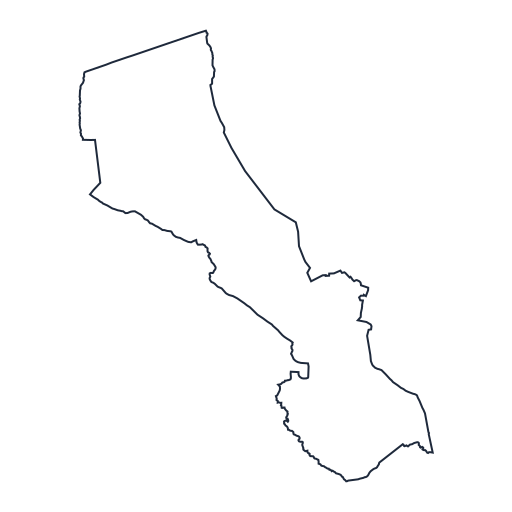 the district of Tigania East, Eastern, Kenya
{"feature_id": "3690345B96077090238536", "entity_name": "Tigania East", "entity_type": "district", "adm_level": 2, "iso_a3": "KEN", "parent_name": "Kenya", "parent_adm1": "Eastern", "projection": "albers", "projection_center": [37.791, 0.27], "detail": "fine", "context": "isolated", "style": "outline", "palette": "slate", "viewbox_px": 512, "rotation_deg": 0, "n_neighbors": 0, "source": "geoboundaries", "source_scale": "gbopen_adm2", "svg_char_len": 6023}
<svg xmlns="http://www.w3.org/2000/svg" viewBox="0 0 512 512"><path d="M205.9,30.7L198.8,32.9L132.3,55.6L127.0,57.3L111.7,62.5L106.1,64.7L86.1,71.6L84.5,72.3L84.0,74.1L84.2,76.7L83.5,77.5L83.4,78.5L83.9,80.1L83.0,82.8L80.9,85.5L80.5,86.5L80.5,88.7L80.0,90.4L79.8,95.6L79.6,96.4L80.0,98.6L79.8,99.6L80.5,101.6L80.4,102.4L80.1,103.4L79.3,104.2L79.9,106.2L79.4,108.3L79.6,111.5L80.0,113.5L79.5,114.9L79.5,115.7L79.8,116.5L80.1,118.3L79.6,119.9L79.9,120.7L79.6,122.6L79.8,123.2L79.6,124.6L80.2,128.6L80.9,130.2L80.4,132.6L81.0,133.7L80.9,135.4L81.7,136.2L83.0,138.5L82.9,139.8L90.7,140.0L95.0,139.9L100.3,182.8L93.7,189.8L90.0,194.4L93.6,197.1L98.1,199.8L98.8,200.6L100.5,201.8L102.1,202.6L102.9,203.5L107.4,205.5L112.4,208.5L114.5,209.1L117.8,210.3L120.6,210.8L121.4,211.1L123.2,211.3L125.4,213.1L127.6,213.0L130.4,211.8L132.3,211.4L134.9,211.3L141.0,214.8L143.2,216.8L144.1,218.4L145.1,219.3L146.6,219.8L147.9,220.5L149.2,222.3L150.1,223.3L152.0,223.7L155.6,225.9L157.6,226.8L161.0,228.9L162.4,230.0L164.5,230.1L167.1,230.9L170.6,231.3L171.4,231.6L172.9,234.2L173.7,235.2L175.8,236.8L177.9,237.5L180.1,237.9L183.9,240.0L187.3,241.5L188.3,241.9L191.1,242.3L193.2,241.2L196.2,240.0L196.6,242.5L197.3,243.8L198.0,244.7L201.1,244.6L202.7,244.2L203.4,244.8L204.6,245.2L205.1,245.7L205.5,246.9L206.6,247.4L207.6,248.4L207.5,250.2L207.6,251.5L208.1,252.4L209.1,252.8L209.9,253.7L209.6,254.5L208.9,254.9L208.4,255.5L208.6,256.4L209.4,257.8L210.4,258.9L211.4,261.2L211.6,262.1L213.8,264.2L215.6,267.2L215.6,268.2L215.2,269.4L213.9,271.0L213.3,272.5L212.8,273.0L210.7,272.9L209.7,273.4L209.6,274.4L210.3,276.6L209.7,277.8L209.6,278.8L210.3,280.4L211.4,282.0L213.4,282.8L214.9,283.9L217.6,286.6L218.6,287.1L220.9,288.0L221.8,288.5L225.8,293.1L226.8,293.8L229.0,295.0L233.0,296.1L237.3,298.4L244.4,303.3L247.0,305.4L249.9,307.2L257.5,314.7L263.0,318.3L267.4,321.6L271.3,324.1L272.0,324.6L273.0,325.9L278.3,330.5L278.8,331.3L282.4,335.2L284.3,336.8L287.1,338.7L290.1,340.5L292.7,342.5L292.3,343.6L292.5,344.6L292.1,345.4L291.4,346.1L291.3,346.9L291.6,347.6L291.5,348.4L292.5,350.0L292.4,351.0L291.8,352.0L291.6,352.8L291.1,353.5L291.3,354.4L291.8,354.9L293.6,359.0L295.1,360.5L296.4,361.4L298.1,362.2L300.9,362.9L308.0,363.4L308.6,366.4L308.2,377.1L307.9,377.8L306.3,378.4L303.4,378.5L301.6,378.1L299.8,376.8L299.1,375.9L298.5,374.3L298.5,372.1L290.8,371.7L290.6,373.8L290.9,377.1L290.8,378.6L290.4,379.4L288.7,380.1L287.9,380.1L286.5,380.6L284.9,380.7L284.6,381.7L283.9,382.2L282.4,382.5L281.3,383.8L280.3,384.3L278.2,384.7L279.9,386.6L280.0,388.9L279.7,390.5L277.2,395.4L275.9,396.1L276.7,398.6L276.5,400.0L277.8,401.0L277.7,402.6L278.6,402.3L280.5,402.9L281.3,402.8L281.2,404.5L280.9,405.3L281.4,405.7L281.7,407.8L282.7,407.9L283.5,407.5L284.5,407.5L284.6,408.4L285.1,409.1L286.2,410.5L287.5,411.5L287.4,413.0L287.9,413.9L287.4,414.6L287.4,415.5L286.3,417.1L286.2,417.8L286.6,418.6L287.6,418.7L288.0,419.7L288.3,420.9L287.8,421.7L286.9,420.9L286.0,420.5L284.4,421.1L284.0,421.7L284.2,422.7L284.1,423.7L284.8,424.2L285.5,425.5L286.5,426.1L287.2,426.8L287.8,428.0L288.0,429.7L289.0,429.8L289.6,430.4L291.2,430.9L292.0,430.9L293.3,432.0L293.5,433.9L294.2,434.6L295.2,434.8L296.0,435.4L296.9,435.8L298.3,436.2L299.1,436.7L299.6,437.7L299.6,438.7L298.6,439.7L298.5,440.5L299.0,441.3L299.8,441.6L300.8,441.8L302.1,441.7L302.8,442.2L302.7,443.4L302.3,444.3L302.3,445.2L303.4,448.2L303.2,448.9L303.5,449.8L305.3,451.2L307.4,450.7L307.5,452.3L308.1,453.0L309.2,453.4L309.7,454.0L309.4,454.6L309.7,455.4L310.3,456.1L313.2,456.3L313.7,456.9L314.3,458.3L314.9,458.6L315.8,458.7L316.6,459.0L317.6,459.6L318.3,459.8L318.6,461.4L318.6,463.7L320.4,464.3L321.4,465.7L324.1,466.3L325.1,467.2L325.7,467.4L327.5,468.6L328.8,468.7L329.4,469.8L330.3,469.7L331.0,470.2L331.7,471.2L332.6,470.7L334.0,471.7L334.8,472.0L336.0,473.3L338.7,474.0L340.6,474.8L341.3,475.6L342.0,476.7L342.8,477.0L344.0,479.3L345.2,480.1L346.2,481.3L347.4,481.1L348.2,480.6L358.2,479.3L359.8,478.7L363.2,477.9L365.0,477.1L365.7,477.1L366.6,476.7L367.5,476.0L368.2,475.1L369.5,472.6L370.8,471.1L373.4,469.1L374.4,468.6L376.1,468.0L377.0,467.3L377.6,466.2L378.9,464.3L379.0,463.3L379.4,462.5L402.8,444.2L403.6,444.8L403.9,445.8L404.6,446.2L406.5,445.4L407.3,446.1L408.0,446.4L410.0,444.6L412.1,444.2L414.2,443.0L417.2,442.2L418.0,442.3L418.7,442.8L418.9,443.9L418.7,444.9L420.1,446.3L420.1,447.3L420.8,447.7L422.2,446.9L423.2,447.6L423.2,448.7L422.6,449.5L423.4,450.0L424.3,450.2L425.1,450.1L425.9,450.7L427.2,452.7L428.1,453.0L429.0,452.2L430.4,452.2L432.7,452.6L428.7,434.0L429.0,433.1L428.4,432.0L425.0,413.4L423.4,409.7L422.4,407.9L419.6,401.1L417.7,397.4L417.2,395.9L416.6,395.0L414.7,394.1L413.2,393.8L408.0,391.8L405.6,390.7L403.4,389.0L400.9,387.8L397.7,385.3L393.0,382.1L391.5,380.3L389.8,378.8L385.6,374.2L381.5,370.1L379.0,369.2L377.3,368.8L376.4,368.3L375.3,367.9L372.9,365.6L372.3,364.7L371.8,363.5L370.9,361.1L370.3,354.8L367.1,335.8L368.6,329.8L371.1,329.4L371.5,326.2L370.7,324.5L366.5,322.0L357.8,320.3L360.7,317.0L360.9,312.9L361.9,308.3L361.9,307.6L362.1,306.8L362.1,304.9L362.9,300.5L360.3,300.3L359.1,297.4L360.9,295.7L363.8,295.7L363.9,294.9L365.9,296.1L368.1,290.2L368.2,287.7L361.0,285.3L360.7,283.1L360.4,282.4L359.2,281.2L356.8,280.1L356.0,280.2L354.1,281.2L352.5,279.7L351.3,277.8L350.5,276.8L349.6,277.5L345.4,273.0L344.4,272.3L342.0,272.9L340.4,270.6L333.9,273.4L329.2,273.6L329.1,275.7L325.7,275.9L325.7,275.1L322.7,275.3L311.1,281.3L307.3,272.8L310.0,267.9L305.4,261.9L304.2,259.4L299.0,246.2L298.1,231.7L295.8,222.3L274.4,209.4L245.1,171.1L231.5,148.0L223.8,132.5L224.4,130.0L224.2,127.2L221.9,123.0L220.5,120.9L214.4,105.4L210.5,86.1L210.4,85.0L211.8,84.0L212.1,83.4L212.1,79.0L213.9,76.6L214.1,72.0L214.6,71.1L214.5,69.3L213.1,66.7L212.5,65.3L212.6,59.6L213.0,58.5L212.9,57.5L212.6,56.9L212.8,55.4L212.4,54.7L212.3,53.0L211.4,50.8L210.9,50.1L210.8,49.3L211.0,48.5L210.6,47.3L209.4,45.5L207.5,43.7L207.2,43.0L206.4,36.9L206.7,36.1L207.2,35.5L207.6,33.8L207.2,33.1L206.5,32.7L206.4,31.8L205.9,30.7Z" fill="none" stroke="#1e293b" stroke-width="2"/></svg>